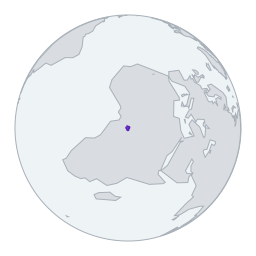 globe centered on Nana-Mambéré, rotated 68°
{"feature_id": "CAF-804", "entity_name": "Nana-Mambéré", "entity_type": "Prefecture", "adm_level": 1, "iso_a3": "CAF", "parent_name": "Central African Republic", "parent_adm1": "", "projection": "orthographic", "projection_center": [15.312, 5.849], "detail": "fine", "context": "on_globe", "style": "filled", "palette": "violet", "viewbox_px": 256, "rotation_deg": 68, "n_neighbors": 0, "source": "natural_earth", "source_scale": "10m", "svg_char_len": 7994}
<svg xmlns="http://www.w3.org/2000/svg" viewBox="0 0 256 256"><g transform="rotate(68 128 128)"><circle cx="128" cy="128" r="113" fill="#eef3f6" stroke="#a8b0b8"/><path d="M90.1,21.9L90.0,22.0L90.1,21.9ZM88.7,22.4L89.4,22.2L85.4,23.7L89.9,22.0L87.3,23.1L84.5,24.2L84.0,24.3L82.5,25.0L88.7,22.4ZM64.7,34.8L64.2,35.2L61.2,37.3L57.7,40.0L59.7,38.6L63.1,36.0L65.9,34.3L69.8,31.8L71.5,30.8L75.8,28.5L73.7,30.4L70.2,32.6L69.1,33.5L73.1,31.6L67.1,36.2L64.3,40.4L62.6,41.8L58.3,43.7L56.7,42.9L51.1,46.8L55.5,44.4L51.3,48.5L51.0,49.3L51.7,49.4L53.5,48.0L52.3,49.6L47.4,52.2L48.5,50.7L50.0,49.8L49.2,49.6L45.9,52.0L44.1,54.3L41.1,56.6L39.7,58.3L38.3,60.0L40.7,57.0L36.4,62.7L34.3,65.4L39.4,58.4L45.0,51.8L51.2,45.6L57.7,40.0L64.7,34.8ZM17.1,108.2L17.5,106.4L18.1,104.4L16.9,110.9L18.3,105.3L18.0,108.8L20.1,109.7L19.6,111.1L21.2,119.8L24.9,124.3L25.7,129.4L25.1,132.2L26.8,133.5L26.9,135.5L35.5,140.1L41.4,145.9L42.2,152.7L39.2,159.9L41.1,175.8L37.0,179.9L39.0,186.1L41.2,194.7L38.3,193.2L42.3,198.1L43.3,200.5L42.3,200.2L44.9,203.3L44.3,203.0L46.6,205.4L49.8,209.0L53.7,212.6L55.6,214.3L48.6,207.9L42.1,200.9L36.3,193.4L31.1,185.5L22.3,166.7L20.7,162.1L20.0,160.1L17.9,151.7L16.4,143.1L15.5,134.4L15.4,125.6L15.9,116.9L17.1,108.2ZM23.3,86.4L22.3,89.2L22.2,89.3L23.3,86.4ZM75.4,28.5L75.6,28.5L74.7,28.9L75.4,28.5ZM77.1,27.6L76.0,28.1L76.6,27.8L77.3,27.5L77.1,27.6ZM80.0,26.1L82.6,24.9L78.4,27.0L77.9,27.1L78.5,26.8L80.0,26.1ZM98.3,19.3L99.0,19.2L97.9,19.5L95.8,20.1L98.3,19.3ZM94.8,20.8L94.8,20.7L96.6,20.1L94.8,20.8ZM99.8,19.0L100.2,18.9L100.9,18.7L101.8,18.5L99.8,19.0ZM104.8,17.8L100.9,18.7L100.4,19.1L98.8,19.5L99.9,18.9L104.8,17.8ZM104.4,17.9L102.5,18.3L102.3,18.3L104.4,17.9ZM105.0,17.8L106.0,17.6L105.2,17.7L105.0,17.8ZM108.1,17.2L106.9,17.4L106.1,17.5L108.1,17.2ZM108.6,17.1L108.8,17.0L110.0,16.8L106.6,17.4L108.2,17.1L108.6,17.1ZM111.7,16.7L107.5,17.5L105.9,17.7L110.2,16.9L111.7,16.7ZM62.2,219.4L63.8,220.6L64.2,220.8L62.2,219.4ZM60.3,217.8L60.1,217.2L61.0,217.8L61.4,218.4L60.3,217.8ZM233.1,87.4L234.0,90.0L235.4,94.0L237.5,101.6L239.1,109.4L239.4,111.3L239.0,108.7L237.1,103.0L238.6,111.2L240.0,117.7L240.6,125.7L240.2,123.4L239.5,116.4L238.8,114.2L237.7,107.1L234.7,96.9L234.2,99.2L233.0,95.1L228.8,87.2L227.5,90.3L226.2,102.0L228.0,112.7L226.7,117.8L220.0,102.9L216.3,93.0L214.4,94.2L207.1,86.4L196.0,87.0L194.0,84.6L192.0,86.0L186.8,83.8L183.6,79.9L180.7,80.4L189.2,90.8L192.3,90.4L194.3,85.9L196.1,89.8L201.0,93.0L197.1,103.2L179.9,113.4L177.5,105.4L160.9,84.9L161.0,82.5L160.9,82.2L160.7,81.8L159.8,85.6L156.7,81.7L166.4,95.9L168.3,102.3L179.7,113.9L178.8,115.2L182.2,117.5L192.4,113.8L192.7,116.5L188.2,129.4L173.5,147.6L175.1,159.1L173.4,169.1L163.3,176.1L163.4,183.6L158.1,186.5L157.2,190.8L152.5,195.4L145.0,199.9L133.0,200.4L132.9,196.6L127.8,189.2L121.1,171.1L124.8,162.6L124.0,156.0L115.2,141.6L117.2,133.4L114.7,130.0L109.6,131.0L106.7,127.0L103.5,126.9L83.6,130.0L77.2,124.8L68.8,108.8L72.1,102.5L72.2,95.2L94.9,71.2L100.3,72.4L118.9,69.1L121.4,69.9L119.9,75.2L134.4,81.4L138.3,76.8L150.7,80.1L158.6,79.7L160.2,69.7L147.3,70.1L144.4,65.5L154.1,61.1L165.3,61.4L164.5,59.7L156.9,56.0L158.9,52.8L154.2,54.5L156.5,56.2L153.6,57.4L151.3,56.0L152.1,54.9L148.6,54.2L145.8,60.4L147.8,62.8L138.9,64.3L141.5,68.5L139.3,70.7L134.1,64.3L134.2,62.0L125.0,55.8L124.2,58.3L132.8,64.5L130.3,64.0L129.2,68.1L128.2,64.7L119.0,57.8L110.6,59.7L100.9,69.9L95.8,70.9L91.0,69.1L93.6,59.2L104.7,58.0L105.8,55.0L102.7,51.0L106.3,51.1L106.4,49.5L110.6,49.1L115.5,45.2L119.6,44.7L120.8,40.1L123.0,39.4L121.7,42.2L123.0,44.1L133.0,43.5L134.7,42.5L134.6,39.7L137.4,40.2L136.1,37.6L141.4,36.5L133.8,35.8L133.5,33.1L136.3,31.1L134.8,30.2L130.3,33.6L129.7,35.2L131.4,36.6L128.6,41.4L125.4,42.3L123.1,37.3L118.2,38.3L118.5,34.4L130.6,26.8L136.1,25.5L146.8,28.5L146.0,29.9L141.7,29.5L146.4,32.1L145.6,30.8L147.9,31.3L148.3,29.3L149.9,29.7L147.4,27.4L149.5,27.6L151.0,29.0L153.2,26.7L157.3,26.9L157.0,26.3L155.6,25.6L161.7,26.6L161.2,26.1L159.0,25.6L156.6,24.4L154.8,22.8L157.0,23.2L158.0,23.8L163.3,26.0L165.5,28.0L166.2,28.0L164.8,26.5L158.3,23.7L156.6,22.7L159.8,23.7L158.5,23.3L158.4,22.9L160.3,23.0L156.8,21.8L152.0,18.6L155.2,18.9L158.6,20.0L157.7,19.3L165.4,21.8L173.0,24.7L180.3,28.2L187.3,32.2L194.0,36.8L200.4,41.7L206.4,47.2L212.0,53.0L217.2,59.2L221.9,65.8L226.2,72.7L229.9,79.9L233.1,87.4ZM87.9,83.1L87.5,85.3L87.9,83.1ZM177.8,67.2L184.0,67.4L180.0,61.5L182.0,61.3L179.9,59.5L179.6,61.1L174.3,56.5L176.5,54.8L175.1,52.5L173.0,52.3L169.7,56.3L177.4,62.8L176.5,65.2L177.8,67.2ZM20.2,109.6L20.3,111.0L19.8,110.9L20.2,109.6ZM21.1,92.6L20.8,93.3L21.1,92.6ZM22.1,93.8L22.4,94.7L21.8,94.9L22.1,93.8ZM22.1,90.1L21.9,93.4L20.8,94.7L21.1,92.8L21.4,92.6L22.1,90.1ZM27.8,76.6L27.4,77.4L27.3,77.5L27.7,76.8L27.8,76.6ZM51.6,48.3L52.0,48.2L52.3,48.5L51.4,49.1L51.6,48.3ZM58.3,46.8L56.1,49.4L57.0,47.7L55.3,48.8L55.1,46.9L61.8,42.4L58.8,44.7L58.3,46.8ZM56.7,43.6L56.1,45.0L56.5,43.6L56.7,43.6ZM103.0,42.1L104.6,42.9L103.4,44.7L98.3,46.3L99.9,43.6L103.0,42.1ZM107.3,43.8L106.4,38.9L109.6,38.0L107.9,39.2L110.1,39.2L108.1,41.2L111.9,45.6L111.1,47.5L102.0,48.8L105.5,47.2L103.6,46.3L107.3,43.8ZM98.7,30.9L98.3,29.6L105.6,29.3L105.1,30.6L99.9,32.0L97.5,31.3L98.7,30.9ZM84.8,24.5L84.2,24.6L85.1,24.2L86.3,23.8L84.8,24.5ZM94.6,20.8L88.3,23.8L87.3,24.0L84.8,26.0L81.2,27.4L83.0,26.0L78.3,28.7L78.4,28.0L75.6,29.9L79.8,26.7L79.7,26.5L81.2,26.1L84.5,24.8L85.9,24.2L89.9,22.3L91.4,21.5L94.9,20.4L97.0,19.8L94.8,20.5L96.8,20.0L93.5,21.0L94.6,20.8ZM119.6,18.0L116.8,18.0L120.1,18.8L116.9,19.2L117.5,19.3L115.4,19.9L113.9,21.0L112.3,21.1L112.4,21.5L111.0,22.1L110.7,22.7L107.7,23.2L107.0,24.1L106.0,23.9L105.5,25.3L104.5,24.5L102.7,25.5L104.6,25.7L89.6,28.8L84.1,31.2L80.0,33.8L78.9,32.6L82.0,29.6L87.2,26.3L92.6,24.3L91.1,24.3L93.3,23.5L93.6,23.8L94.4,22.8L96.3,22.3L100.9,20.3L101.0,19.5L102.7,19.0L103.6,19.0L104.7,18.4L107.5,18.2L108.8,17.8L112.9,17.4L113.9,18.0L115.2,17.6L118.4,17.4L119.6,18.0ZM112.8,16.6L114.7,16.8L113.9,17.2L107.1,17.8L105.6,18.2L101.2,18.9L102.5,18.4L103.7,18.2L105.0,17.9L104.1,18.1L105.9,17.7L107.5,17.5L109.4,17.2L109.5,17.3L112.8,16.6ZM123.8,67.8L125.6,68.0L128.3,67.7L127.7,70.4L123.8,67.8ZM117.4,63.2L119.0,62.8L119.4,66.1L117.5,66.1L117.4,63.2ZM119.5,59.9L119.0,62.5L118.2,61.1L119.5,59.9ZM123.1,41.8L124.8,41.4L125.1,42.0L124.4,43.0L123.1,41.8ZM128.8,21.5L127.3,21.2L127.7,20.9L126.3,19.8L128.6,19.6L130.3,20.2L128.8,21.5ZM158.2,71.5L156.1,73.4L154.9,72.5L155.8,72.0L158.2,71.5ZM141.3,71.8L145.4,73.0L141.1,72.6L141.3,71.8ZM131.1,21.1L130.2,20.6L131.9,20.8L131.1,21.1ZM130.2,19.4L132.1,19.6L128.7,19.5L130.2,19.4ZM187.9,216.6L187.6,217.7L186.4,218.0L187.9,216.6ZM190.6,166.5L181.8,184.1L177.1,184.5L176.9,179.5L180.7,168.9L186.4,165.6L189.4,160.7L190.6,166.5ZM240.2,138.1L240.2,134.3L238.4,119.3L239.1,119.3L240.6,128.1L240.6,129.8L240.6,132.3L240.2,138.1ZM228.5,113.7L230.5,119.9L229.6,121.2L228.5,113.7ZM149.4,20.8L148.8,22.4L150.0,23.9L153.0,25.0L148.5,24.3L146.8,22.0L149.4,20.8ZM151.4,18.7L148.8,18.0L150.0,18.1L150.8,18.3L151.4,18.7ZM149.8,18.4L146.3,18.0L144.9,17.5L147.9,17.9L149.8,18.4ZM138.8,18.9L138.4,19.3L137.1,19.1L138.8,18.9Z" fill="#d9dde1" stroke="#a8b0b8" stroke-width="1"/><path d="M126.6,127.3L126.8,127.2L127.0,127.0L127.0,126.9L127.2,126.4L127.3,126.4L127.5,126.3L127.7,126.2L127.8,126.2L127.8,126.3L127.9,126.5L128.0,126.6L128.0,126.8L128.1,127.0L128.3,127.1L128.5,127.1L128.8,126.9L128.9,127.0L128.9,127.3L128.9,127.6L129.0,127.7L129.0,127.8L129.2,128.0L129.3,128.0L129.5,128.1L129.7,127.9L129.8,127.9L129.9,128.0L130.0,128.1L130.2,128.3L130.3,128.4L130.3,128.5L130.3,128.9L130.3,129.0L129.5,129.5L129.4,129.5L129.2,129.5L129.2,129.4L129.2,129.5L128.9,129.4L128.9,129.2L128.8,129.3L128.7,129.3L128.7,129.6L128.4,129.6L128.2,129.7L127.7,129.7L127.5,129.8L127.4,129.8L127.3,129.7L127.2,129.7L126.9,129.7L126.7,129.6L126.7,129.4L126.7,129.2L126.4,129.1L126.5,129.1L126.5,128.9L126.6,128.7L126.6,128.4L126.7,128.2L126.6,127.9L126.4,127.9L126.3,127.7L126.2,127.7L126.3,127.6L126.4,127.4L126.5,127.4L126.6,127.3Z" fill="#8b5cf6" stroke="#5b21b6" stroke-width="1.5"/></g></svg>